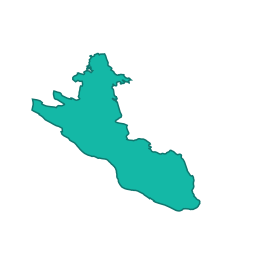 the district of Regidor, Bolívar, Colombia, rotated 117°
{"feature_id": "7082276B31703360799100", "entity_name": "Regidor", "entity_type": "district", "adm_level": 2, "iso_a3": "COL", "parent_name": "Colombia", "parent_adm1": "Bolívar", "projection": "equal_earth", "projection_center": [-73.886, 8.725], "detail": "fine", "context": "isolated", "style": "filled", "palette": "teal", "viewbox_px": 256, "rotation_deg": 117, "n_neighbors": 0, "source": "geoboundaries", "source_scale": "gbopen_adm2", "svg_char_len": 5861}
<svg xmlns="http://www.w3.org/2000/svg" viewBox="0 0 256 256"><g transform="rotate(117 128 128)"><path d="M126.0,129.9L126.2,133.5L127.6,137.8L128.1,139.9L128.2,141.0L128.2,141.6L127.9,142.1L127.6,142.3L126.6,142.2L124.9,141.1L123.2,140.4L121.5,139.1L120.0,139.3L119.1,140.0L117.5,142.2L110.8,148.5L109.9,149.2L109.7,149.9L109.8,150.0L110.0,149.8L110.0,150.0L109.8,150.6L109.6,151.4L109.1,151.9L109.2,152.2L109.0,152.4L109.1,152.6L109.5,152.9L109.0,155.1L108.8,155.1L108.7,154.7L108.8,154.5L108.6,154.6L108.5,153.6L108.6,152.7L108.6,151.8L108.3,151.4L107.8,151.8L107.6,151.3L107.8,151.1L107.3,151.1L107.1,151.3L107.2,151.5L106.9,151.6L106.6,151.3L105.8,152.3L105.8,152.6L105.5,152.7L105.7,153.3L105.6,154.0L105.1,154.5L105.0,155.2L100.7,158.2L100.2,158.8L99.8,160.1L98.8,160.8L98.2,160.8L97.2,160.3L96.7,160.5L96.1,161.1L95.8,161.1L96.2,160.0L96.2,159.1L96.0,158.2L95.5,157.5L95.2,157.5L93.9,158.0L93.0,158.7L92.3,158.6L91.7,158.2L90.6,156.9L90.4,155.7L90.7,155.0L91.9,154.9L92.0,154.3L90.6,153.0L90.2,152.1L89.7,151.8L88.9,151.8L88.5,152.7L88.1,154.5L87.9,154.6L87.6,154.2L87.6,152.9L87.9,151.3L87.7,150.5L87.1,149.5L87.3,147.5L87.0,147.6L86.2,148.4L85.1,148.7L84.5,148.3L83.8,147.2L83.7,148.0L83.2,148.7L83.1,149.7L83.2,150.1L83.8,150.5L84.0,150.9L84.1,151.9L84.3,152.6L84.2,153.1L84.0,153.8L83.2,155.6L82.4,155.9L82.4,156.0L83.0,157.2L83.2,157.9L83.8,159.2L84.1,159.5L84.5,159.6L84.8,160.5L85.3,160.6L85.8,161.5L85.8,162.2L85.9,163.3L85.8,163.8L85.4,164.5L85.3,165.3L84.6,165.8L84.5,166.1L84.1,167.6L84.0,169.6L82.5,169.4L82.1,169.7L81.7,171.0L81.5,173.0L81.5,173.8L81.3,174.2L80.8,174.6L78.8,175.4L76.4,178.3L73.8,180.8L72.6,182.5L73.5,183.8L73.9,184.8L74.3,185.2L74.9,186.4L75.9,186.8L75.9,187.2L75.3,188.0L75.2,188.3L75.6,189.1L75.7,189.3L76.2,189.4L77.9,191.1L78.8,190.7L79.1,190.7L80.7,192.1L80.7,192.9L80.2,193.7L80.9,194.5L81.2,194.5L81.3,193.1L81.5,192.8L82.1,192.7L82.6,193.0L83.4,192.8L84.0,193.2L84.8,193.4L85.8,192.4L86.8,192.3L87.2,192.5L89.7,190.6L90.0,191.6L90.6,191.4L91.1,192.2L91.4,192.4L91.4,192.0L91.1,191.2L92.2,190.2L91.8,189.7L92.6,190.0L92.5,191.4L92.6,191.7L94.0,191.6L94.2,191.4L94.2,191.2L92.3,189.0L91.5,189.1L90.9,189.0L91.2,188.3L91.6,188.0L92.0,187.8L92.7,187.9L93.1,187.3L93.2,186.7L92.9,185.5L94.1,185.7L95.4,186.1L95.3,187.1L94.9,187.8L94.9,188.7L95.3,189.6L95.3,190.5L95.8,191.3L96.7,191.3L97.6,192.4L98.2,192.6L98.5,192.5L99.3,191.4L100.1,191.5L100.5,191.8L101.3,195.3L101.5,197.4L102.1,197.9L102.7,197.3L103.1,197.4L104.7,198.1L105.6,199.0L106.4,199.5L107.3,199.9L108.3,200.0L109.8,199.2L110.6,195.7L108.3,194.2L108.3,192.1L107.9,191.5L107.2,190.1L107.7,189.6L109.6,188.3L110.4,188.1L111.4,187.9L111.6,188.1L112.1,189.3L112.3,189.3L113.9,189.0L115.7,188.3L118.3,187.7L120.5,186.7L122.6,186.5L123.7,184.5L123.9,184.3L124.6,184.5L125.8,185.6L126.7,186.6L126.9,187.5L126.8,191.0L127.1,192.3L127.9,191.8L128.2,191.7L128.3,192.0L128.3,192.8L128.6,193.5L129.0,195.6L129.1,201.2L128.9,201.8L127.8,203.3L127.6,203.9L127.5,204.9L128.1,207.1L128.5,210.1L128.7,210.8L130.8,210.2L132.1,209.5L134.5,207.5L135.1,206.8L135.2,206.4L135.2,205.2L134.9,204.5L134.8,203.9L135.5,195.8L135.7,195.4L136.0,195.3L138.1,196.8L138.6,197.5L139.5,199.9L139.8,200.3L141.4,201.0L142.4,201.2L142.8,203.2L144.1,206.5L145.0,209.1L145.5,210.8L145.7,212.3L145.8,214.2L145.7,215.7L145.5,215.9L144.3,215.9L143.7,218.7L144.3,221.9L145.7,226.2L148.0,224.3L150.1,223.1L155.6,221.7L155.8,219.5L155.7,213.4L156.4,213.3L156.6,210.6L157.0,208.7L158.2,205.4L158.3,199.1L158.5,196.0L158.5,193.0L158.0,190.4L158.1,186.8L158.5,186.2L159.6,185.7L161.0,184.8L161.7,185.9L163.5,184.0L164.0,181.9L164.1,176.3L165.3,174.2L165.4,172.6L165.5,168.9L166.5,166.1L166.9,165.5L168.1,162.4L168.5,161.7L169.5,158.7L170.1,156.3L170.3,155.0L170.3,151.6L170.0,149.9L169.7,148.3L169.7,147.3L168.8,145.8L168.6,145.0L168.5,143.4L168.5,140.9L167.7,139.7L167.1,137.3L166.0,134.3L165.7,132.7L165.8,131.5L166.6,129.4L166.8,128.3L167.6,126.4L167.9,124.7L168.3,123.9L168.6,122.6L169.1,121.9L169.4,121.1L171.7,118.6L172.3,118.5L174.4,116.8L176.1,116.0L177.3,115.1L177.9,113.8L179.4,112.5L180.0,112.3L181.0,111.1L182.3,109.0L183.3,106.8L183.4,105.9L183.4,103.2L182.9,100.8L181.9,97.6L181.8,96.8L181.5,96.1L181.1,95.5L181.0,94.7L180.7,94.0L180.3,93.4L179.7,91.0L179.7,84.7L179.9,83.9L180.2,83.2L180.7,79.0L181.0,77.1L181.1,76.6L180.4,76.5L181.0,71.6L181.5,71.7L181.6,70.1L181.0,66.1L179.9,60.3L179.6,54.9L179.6,47.9L179.3,46.5L178.7,44.8L177.8,43.7L176.5,42.6L174.7,41.9L174.1,40.5L173.6,39.9L173.4,39.1L172.7,37.7L172.2,35.2L171.7,34.6L171.0,33.1L167.8,30.6L166.0,30.0L164.0,30.0L162.9,29.8L162.3,29.9L161.4,30.7L160.8,30.7L160.3,31.5L160.2,32.3L160.3,33.3L160.2,34.7L159.5,35.9L159.1,37.0L159.0,38.0L158.8,38.4L158.0,38.5L157.6,38.9L156.8,40.1L156.5,41.0L155.2,41.9L154.8,42.7L151.6,42.5L150.6,42.7L150.0,42.9L148.3,44.3L146.2,45.2L145.5,45.2L144.5,45.6L143.2,46.8L142.2,47.4L141.3,48.8L141.7,49.1L141.9,49.6L141.9,50.8L141.8,51.2L139.1,56.0L138.7,56.0L132.5,62.4L130.9,64.8L130.8,65.7L130.3,66.9L129.3,67.6L128.4,67.8L127.8,68.4L127.7,69.3L127.8,69.9L128.0,70.3L129.2,71.5L129.3,71.8L129.4,73.0L128.4,76.5L128.4,77.9L128.5,78.5L128.4,78.9L128.4,79.6L128.7,80.2L129.0,80.3L130.6,80.7L132.3,82.2L133.3,82.4L133.9,82.8L134.6,83.9L134.8,85.2L135.1,86.0L136.2,86.7L136.8,88.3L136.7,91.4L136.9,92.0L137.0,93.1L137.8,94.3L138.0,95.4L138.0,96.3L137.0,97.8L136.8,98.5L136.8,100.0L136.7,100.1L136.4,99.9L136.2,99.4L135.8,99.0L134.6,98.7L134.4,99.0L134.3,99.4L134.3,99.8L134.6,101.0L134.4,101.4L133.4,101.8L132.2,100.8L131.7,101.4L131.4,102.9L131.2,104.7L130.8,106.6L130.8,107.8L130.9,109.2L131.8,111.0L132.5,113.3L133.2,114.1L134.7,115.0L135.6,116.3L136.4,116.9L136.8,117.4L137.1,118.6L138.3,121.4L138.7,123.9L137.7,123.9L137.0,125.1L136.2,125.7L135.3,125.7L132.9,124.8L132.3,125.0L131.8,125.4L130.6,127.0L128.4,129.3L127.0,129.9L126.0,129.9Z" fill="#14b8a6" stroke="#0f766e" stroke-width="1.5"/></g></svg>